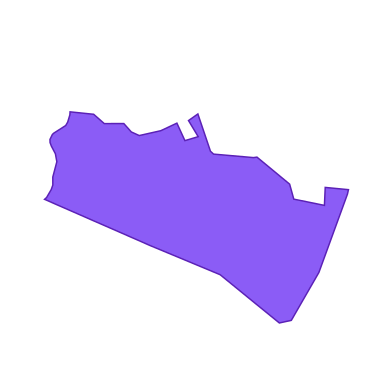 the district of Kenton, Kentucky, United States of America, rotated 299°
{"feature_id": "52423323B50751707064389", "entity_name": "Kenton", "entity_type": "district", "adm_level": 2, "iso_a3": "USA", "parent_name": "United States of America", "parent_adm1": "Kentucky", "projection": "albers", "projection_center": [-84.527, 38.946], "detail": "fine", "context": "isolated", "style": "filled", "palette": "violet", "viewbox_px": 384, "rotation_deg": 299, "n_neighbors": 0, "source": "geoboundaries", "source_scale": "gbopen_adm2", "svg_char_len": 738}
<svg xmlns="http://www.w3.org/2000/svg" viewBox="0 0 384 384"><g transform="rotate(299 192 192)"><path d="M119.8,331.9L127.9,341.1L183.1,342.0L265.5,329.0L269.9,327.7L260.6,306.3L244.5,314.3L235.1,284.5L246.2,273.6L254.0,231.9L251.9,229.1L235.6,192.5L236.6,188.4L263.1,159.3L252.8,154.3L243.4,170.6L233.5,160.9L244.9,145.4L230.5,135.0L215.8,118.5L215.1,109.8L218.8,99.2L209.3,82.1L212.3,68.3L203.0,46.5L200.2,47.8L192.8,49.4L188.9,49.3L176.3,42.5L174.6,42.0L169.1,42.3L166.4,43.9L164.0,46.7L159.2,54.0L153.2,58.9L153.0,59.1L137.6,63.0L130.6,66.9L125.9,67.7L116.7,67.5L114.1,66.6L115.2,78.4L119.2,121.1L122.9,160.3L123.5,166.5L124.8,180.9L133.3,256.7L125.2,301.6L119.8,331.9Z" fill="#8b5cf6" stroke="#5b21b6" stroke-width="1.5"/></g></svg>